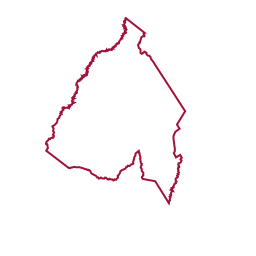 outline of Sauce, Corrientes, Argentina, rotated 138°
{"feature_id": "61730980B9994568619241", "entity_name": "Sauce", "entity_type": "district", "adm_level": 2, "iso_a3": "ARG", "parent_name": "Argentina", "parent_adm1": "Corrientes", "projection": "orthographic", "projection_center": [-58.817, -29.951], "detail": "fine", "context": "isolated", "style": "outline", "palette": "rose", "viewbox_px": 256, "rotation_deg": 138, "n_neighbors": 0, "source": "geoboundaries", "source_scale": "gbopen_adm2", "svg_char_len": 5895}
<svg xmlns="http://www.w3.org/2000/svg" viewBox="0 0 256 256"><g transform="rotate(138 128 128)"><path d="M142.9,48.0L143.0,49.1L141.2,49.0L141.2,50.1L140.3,50.0L139.5,50.9L137.9,51.6L137.2,51.6L136.8,51.0L136.4,52.5L137.4,53.0L137.6,53.4L136.5,53.5L136.0,54.3L134.0,53.2L133.8,53.3L133.6,54.4L132.7,54.4L131.2,55.3L129.5,54.9L129.0,55.8L128.0,55.7L128.2,56.3L127.5,56.9L127.0,58.1L126.2,58.5L123.9,58.2L123.6,58.3L123.7,59.2L123.4,59.8L121.6,59.6L121.3,60.1L121.5,60.8L119.9,60.8L119.7,62.3L118.7,62.8L118.8,63.4L118.3,64.3L117.0,65.1L116.6,64.5L116.3,64.5L115.6,65.2L115.1,67.3L114.1,67.5L113.9,67.9L112.2,67.1L111.0,67.4L109.8,68.2L110.1,69.4L108.9,70.0L107.9,69.9L107.2,73.1L112.0,74.0L110.8,78.6L109.0,79.3L107.3,80.9L101.3,89.7L99.7,91.4L97.3,92.7L95.1,93.5L90.2,92.9L89.3,97.8L74.3,102.2L64.8,161.5L64.8,163.3L64.2,165.3L63.8,165.6L63.7,166.3L63.9,167.6L64.8,168.5L64.9,170.0L64.7,170.9L64.0,171.4L64.6,173.7L64.8,173.9L66.0,173.5L66.6,173.9L67.4,173.7L68.4,174.2L68.4,175.5L66.5,177.6L66.1,178.7L66.4,180.1L65.0,182.9L64.5,183.2L63.8,183.2L63.5,183.5L62.7,183.3L61.8,183.6L61.6,183.8L61.7,184.2L60.5,184.5L57.3,186.5L55.3,186.2L54.7,185.2L54.4,185.2L53.7,186.0L53.8,186.5L53.4,186.7L53.3,187.7L52.3,187.9L52.0,187.7L56.1,211.2L56.3,211.2L56.5,210.2L56.8,210.8L57.1,210.7L57.1,210.1L58.0,209.7L59.1,210.1L59.3,210.0L59.2,209.4L59.9,209.5L60.1,208.8L59.7,208.6L59.7,208.3L61.3,207.8L61.6,207.2L62.2,207.5L62.0,206.9L62.3,206.7L62.5,206.7L62.7,207.2L63.3,207.0L63.1,206.3L62.8,206.1L63.4,205.4L62.9,205.5L62.7,205.1L62.1,205.2L62.1,204.9L63.0,203.2L63.5,203.3L63.4,202.6L64.0,202.8L64.3,201.9L65.3,202.4L65.6,202.1L65.8,201.9L65.7,200.2L66.3,200.2L67.2,200.5L67.4,200.9L68.0,200.6L68.1,201.2L68.7,201.3L68.7,200.9L69.8,199.9L70.6,200.3L70.9,200.1L70.7,199.6L71.1,199.6L71.3,200.0L71.6,199.4L72.4,199.3L72.4,198.8L72.8,198.9L72.8,198.6L73.6,199.1L74.1,198.6L75.7,198.5L77.6,197.8L77.5,197.4L78.2,197.0L78.9,197.6L79.3,197.4L80.0,197.7L79.6,198.2L79.8,198.3L80.5,198.2L80.7,197.7L81.2,197.7L82.3,197.1L82.5,197.6L82.9,197.3L83.8,197.8L84.0,197.4L85.5,198.2L86.3,197.7L85.9,197.3L85.9,196.8L87.0,197.7L87.4,197.6L87.5,197.1L87.9,196.8L88.2,197.1L88.6,198.4L89.6,199.2L90.0,199.0L90.2,198.6L91.0,198.8L90.8,199.2L91.0,199.7L91.6,199.8L91.5,200.4L92.6,199.7L93.1,200.4L93.7,200.2L94.4,201.4L94.8,201.4L95.8,202.8L96.9,202.9L97.2,203.2L97.6,203.0L98.0,203.5L98.3,203.4L98.4,202.7L98.7,202.7L99.3,203.2L99.7,204.5L101.5,204.3L102.0,204.6L102.7,203.4L102.7,204.1L102.9,204.2L103.3,203.7L104.4,204.4L105.5,203.6L105.4,204.1L105.6,204.2L106.2,203.8L107.0,204.0L107.4,203.1L108.4,203.0L108.1,202.0L109.0,201.8L109.1,201.2L110.1,201.9L110.4,201.7L110.9,201.8L111.4,201.7L111.5,200.8L112.0,200.7L112.3,201.0L112.0,201.4L112.6,201.7L112.8,201.4L113.3,201.5L112.7,201.0L112.8,200.7L113.4,201.2L114.4,200.1L114.7,200.6L115.5,200.1L116.2,200.7L117.3,199.9L117.7,200.2L117.7,199.1L118.9,199.5L118.5,198.9L119.2,198.7L119.5,198.9L119.7,198.6L119.4,198.0L119.8,197.6L120.7,197.8L120.7,197.0L120.1,197.0L120.3,196.5L121.1,196.2L121.4,197.1L121.4,196.6L122.4,196.8L122.6,196.2L122.2,195.9L122.5,195.8L122.6,195.4L123.7,195.6L123.7,194.9L124.4,195.2L124.3,195.7L124.8,195.8L124.8,196.6L125.5,196.9L125.9,196.0L126.4,196.0L126.6,195.5L127.4,195.6L127.5,195.8L126.8,196.2L127.2,197.0L127.3,196.5L127.7,196.7L128.6,195.9L128.7,196.2L129.2,195.9L129.2,196.4L130.3,196.3L130.2,196.0L131.0,195.4L131.5,195.5L131.7,196.1L132.1,195.8L133.0,196.4L133.0,196.0L133.5,196.3L133.7,195.9L134.2,196.2L136.2,195.8L137.5,194.6L136.9,194.4L137.7,192.1L137.9,191.9L138.4,192.2L138.7,192.0L138.7,191.4L139.5,191.1L139.9,190.3L142.8,189.5L142.2,188.6L142.4,188.4L144.6,188.5L145.1,188.8L145.8,187.8L146.6,187.4L146.7,187.9L147.9,187.8L147.3,187.1L148.9,186.9L148.5,186.1L149.2,186.4L149.5,186.0L149.8,186.6L150.1,185.9L151.0,185.9L151.4,185.5L151.7,185.2L151.4,184.3L151.5,183.6L151.0,182.8L151.9,183.0L152.4,183.9L154.0,182.9L154.8,183.4L155.2,183.3L156.4,184.1L156.3,183.2L157.0,183.4L157.0,182.9L157.4,183.1L157.9,182.6L158.3,183.2L158.7,182.6L158.9,183.3L159.5,183.4L159.8,184.1L161.5,185.1L161.6,185.7L162.0,185.5L162.2,186.1L162.4,185.8L162.8,186.2L163.4,185.4L163.7,186.1L164.2,185.3L164.0,185.0L164.2,184.8L164.7,184.6L166.4,184.8L166.7,184.2L167.4,184.7L167.8,183.5L168.1,184.1L168.7,184.0L169.3,182.8L171.2,182.5L172.2,181.6L174.2,181.9L176.1,180.2L177.3,179.6L181.0,179.3L182.8,179.9L183.1,179.7L183.2,179.0L183.5,178.7L183.5,177.5L185.7,175.9L185.9,174.2L188.3,173.2L188.0,172.3L188.7,171.5L189.2,171.6L189.8,170.8L190.4,170.9L190.7,171.5L192.4,172.3L193.1,171.9L193.7,172.1L194.1,172.9L195.5,172.3L197.8,172.3L199.0,171.2L199.3,171.4L199.5,171.2L199.7,170.7L198.9,170.0L199.0,169.6L200.0,168.4L200.8,166.8L204.0,165.8L198.8,138.0L198.2,137.7L197.9,136.8L196.5,136.6L195.6,135.8L194.3,135.4L192.7,133.4L190.3,131.3L188.0,127.6L187.6,126.2L186.5,125.3L186.2,123.9L185.6,123.7L185.4,123.5L185.5,122.8L184.9,122.5L184.8,120.9L185.3,120.2L185.6,118.6L183.8,113.8L184.0,111.9L183.3,111.3L183.5,109.9L182.9,109.8L182.4,109.3L181.3,109.3L180.9,107.8L180.0,106.7L179.6,106.4L178.4,106.5L178.3,106.1L177.7,105.9L177.3,103.0L176.5,102.5L176.3,102.9L175.7,102.7L175.3,101.6L174.7,100.7L174.2,100.5L173.9,98.8L172.7,98.9L172.7,98.5L172.2,98.4L171.5,97.5L170.6,97.8L169.0,97.7L168.4,97.9L167.8,99.2L167.4,99.5L166.3,99.3L163.7,100.1L163.0,100.8L161.2,100.9L157.0,99.5L155.6,100.2L154.7,99.7L153.5,100.2L152.3,98.7L149.8,98.8L148.4,97.9L147.5,98.4L146.9,99.5L145.6,100.0L145.0,100.7L144.1,100.9L143.0,102.1L141.0,102.5L139.4,104.0L135.3,103.8L136.0,102.5L136.5,102.2L136.3,101.4L136.9,101.0L138.1,98.3L139.0,97.3L139.7,97.1L139.7,96.7L141.7,93.6L141.9,93.0L141.7,92.1L142.7,91.7L142.9,91.1L144.3,90.8L144.9,90.3L145.2,88.4L146.5,86.9L146.6,84.5L146.9,83.9L148.1,83.2L148.4,82.5L150.1,82.5L150.9,81.8L151.1,80.3L143.4,70.2L147.9,44.8L146.0,46.2L145.1,46.2L144.3,47.6L142.9,48.0Z" fill="none" stroke="#9f1239" stroke-width="2"/></g></svg>